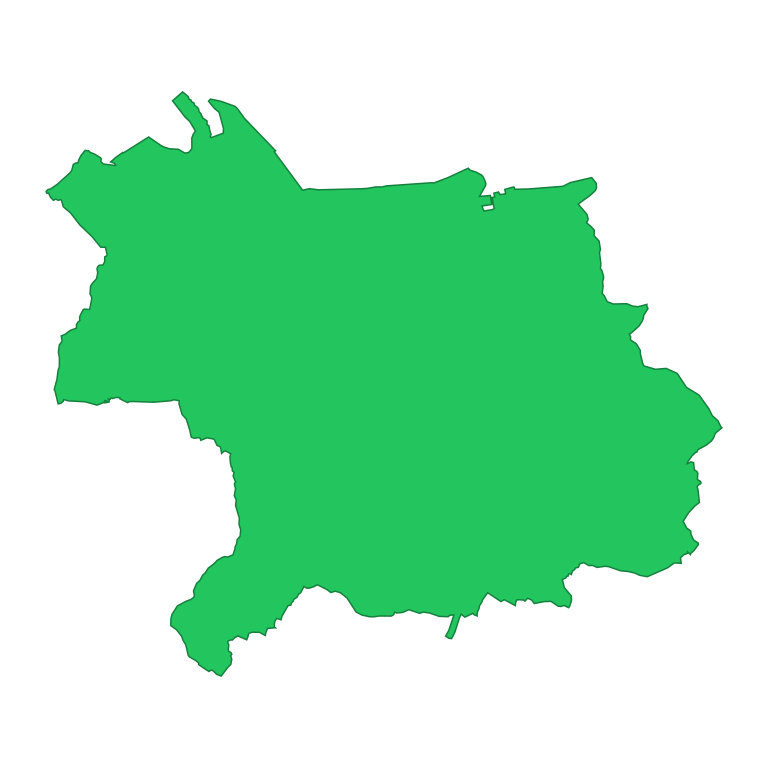 Maldaresti, Vâlcea, Romania
{"feature_id": "2599482B3246342951761", "entity_name": "Maldaresti", "entity_type": "district", "adm_level": 2, "iso_a3": "ROU", "parent_name": "Romania", "parent_adm1": "Vâlcea", "projection": "orthographic", "projection_center": [23.99, 45.113], "detail": "fine", "context": "isolated", "style": "filled", "palette": "green", "viewbox_px": 768, "rotation_deg": 0, "n_neighbors": 0, "source": "geoboundaries", "source_scale": "gbopen_adm2", "svg_char_len": 6051}
<svg xmlns="http://www.w3.org/2000/svg" viewBox="0 0 768 768"><path d="M356.0,611.9L362.0,615.1L369.4,616.7L373.4,616.9L379.4,616.0L391.2,616.1L393.7,614.7L394.6,612.2L396.7,613.0L402.8,612.4L408.9,609.7L419.6,613.3L423.3,612.1L429.5,613.0L439.2,616.4L448.1,616.7L450.2,615.1L453.9,615.1L448.7,630.7L445.6,636.1L448.9,638.3L451.6,638.6L454.7,632.6L459.3,618.3L461.1,614.2L464.9,617.1L472.9,613.4L474.6,615.0L477.2,615.9L477.0,614.5L477.6,611.5L479.0,608.6L479.5,605.8L481.7,602.4L482.8,599.5L487.7,592.7L501.0,601.6L504.3,599.7L515.3,605.6L515.9,601.8L517.1,599.7L523.5,600.0L525.0,601.1L527.7,598.2L531.8,600.2L534.2,603.5L544.3,601.6L551.1,601.4L558.2,606.2L560.8,606.5L564.1,605.5L568.6,607.7L569.5,606.7L571.5,600.5L571.3,595.9L564.3,587.6L562.4,579.5L565.8,577.9L566.7,576.2L568.2,576.0L568.6,573.8L569.7,573.6L571.3,574.6L572.4,571.2L574.7,569.5L575.3,568.0L578.3,567.3L579.9,563.7L583.9,562.7L588.9,565.6L592.5,565.4L597.0,567.4L605.1,566.3L608.4,566.6L620.6,570.8L628.1,571.5L635.0,573.1L639.6,575.3L647.3,576.7L667.6,567.8L674.4,562.9L681.2,563.3L680.5,557.7L684.0,554.6L687.5,553.4L687.5,551.9L690.4,554.6L690.6,553.6L694.1,550.4L698.4,544.6L698.1,542.9L693.6,540.0L691.0,534.4L690.7,531.0L686.7,528.1L683.2,521.3L688.5,512.8L695.0,505.9L699.4,502.4L698.0,489.7L697.1,486.8L698.0,485.3L700.9,483.5L701.0,482.8L700.5,481.4L697.4,479.5L697.8,473.1L697.0,471.6L694.3,469.7L693.6,462.6L691.0,461.9L687.1,463.6L687.6,462.0L691.9,456.0L695.7,452.3L696.8,452.1L698.2,449.5L706.3,445.1L711.3,441.1L713.4,438.3L715.4,433.2L721.9,427.8L720.8,426.7L718.0,420.8L712.3,415.7L709.0,409.0L699.2,395.2L686.4,387.3L677.2,373.4L666.1,368.4L655.4,369.3L643.9,365.9L642.7,363.4L640.4,353.9L640.2,350.3L636.4,343.9L630.5,339.9L630.6,336.4L629.2,334.1L631.6,332.8L639.2,325.8L641.7,321.9L643.1,319.2L643.8,315.2L648.0,308.5L646.8,306.1L646.9,304.4L638.1,306.7L632.6,306.1L626.9,303.7L613.2,304.0L607.2,301.6L604.2,295.6L602.2,293.5L603.1,286.2L602.6,281.7L603.6,278.1L603.5,276.1L601.8,270.2L600.5,268.9L600.9,263.7L599.5,252.7L600.4,249.4L599.1,241.1L594.1,235.7L594.3,230.2L591.1,226.6L586.5,222.8L588.0,219.9L588.1,218.7L586.9,214.3L578.2,204.1L590.4,195.2L595.4,190.5L596.5,188.0L596.3,183.4L591.7,177.6L570.3,182.6L562.9,186.3L527.9,189.0L514.7,189.3L514.2,187.2L513.4,187.0L504.8,189.4L505.6,193.9L499.9,194.5L498.5,192.0L493.9,193.2L494.6,197.0L492.1,197.5L494.2,208.6L492.5,209.6L483.9,211.0L481.9,206.0L491.8,204.5L490.4,195.5L479.5,196.4L485.6,185.5L485.9,183.6L484.6,179.9L482.9,176.4L481.6,175.1L476.3,172.2L469.9,170.1L468.3,168.2L447.5,177.8L433.4,183.1L432.2,182.7L386.2,185.9L381.9,187.0L375.9,186.9L367.3,188.4L360.6,188.8L318.5,189.8L309.3,188.7L302.6,190.2L274.2,151.7L275.6,150.8L244.4,118.3L237.8,109.1L235.1,106.4L221.0,101.3L210.4,99.1L208.5,101.2L214.4,108.4L219.1,112.3L223.5,128.6L223.2,133.2L211.2,137.6L210.2,136.8L211.1,134.5L209.9,131.0L208.9,125.7L207.1,124.7L207.0,120.9L202.7,118.0L202.4,116.7L201.3,115.4L201.1,113.9L199.0,111.5L198.6,109.0L197.3,107.2L194.7,105.4L193.8,102.7L191.7,101.9L190.9,100.0L189.2,99.2L188.2,96.6L182.6,91.9L172.5,100.8L185.2,117.2L189.7,121.4L195.4,130.9L193.2,134.3L191.8,138.1L191.9,147.5L191.5,149.2L188.6,152.5L184.9,153.1L178.4,149.3L169.6,148.8L165.5,147.6L161.5,145.9L148.6,137.0L126.8,150.8L123.1,153.0L122.7,152.5L116.0,157.2L110.7,161.9L114.7,163.4L115.0,164.8L115.5,165.1L114.2,165.4L103.3,164.0L101.2,161.9L100.9,160.4L101.3,158.7L100.3,157.6L94.6,154.1L90.1,152.3L88.7,150.8L85.1,150.4L80.8,155.8L78.8,159.9L78.0,162.8L75.8,163.0L73.3,164.4L71.7,170.5L69.8,173.0L57.3,184.3L50.5,189.0L48.0,189.5L46.1,191.4L46.6,193.2L48.6,193.1L50.4,197.1L53.4,200.3L55.8,199.1L58.4,200.4L60.1,199.6L61.5,200.3L63.3,206.8L70.6,213.0L79.9,225.0L92.0,236.6L100.7,247.2L105.5,247.3L107.1,254.9L107.0,255.6L104.7,256.9L104.7,261.6L103.0,265.0L99.3,265.2L97.7,266.7L97.0,268.7L97.7,272.8L96.6,278.7L92.6,283.0L90.6,286.1L90.0,293.9L91.6,297.1L91.7,299.1L89.6,309.5L84.2,309.1L83.1,309.8L80.2,315.3L79.6,317.6L79.8,320.6L77.8,322.2L76.4,324.8L76.5,328.1L70.3,330.4L64.8,334.5L61.2,335.9L62.1,341.2L59.3,345.0L58.4,352.3L59.4,357.9L59.3,367.0L58.1,370.2L56.9,379.6L54.2,389.4L55.1,391.1L58.1,403.9L60.9,403.3L63.2,401.3L63.7,399.6L68.7,400.9L85.2,401.8L97.0,405.1L103.9,402.5L105.0,400.5L106.6,401.0L105.6,402.7L109.1,402.0L109.2,400.2L108.4,399.2L110.2,399.3L110.5,398.2L111.3,398.0L112.6,398.5L115.8,397.5L119.9,397.6L119.9,398.8L127.6,402.6L129.2,401.7L132.6,401.5L153.6,402.2L170.5,400.8L174.1,399.8L179.2,400.7L179.0,403.9L182.1,414.5L186.3,419.1L189.9,430.6L191.0,436.4L191.8,437.4L193.9,438.2L198.9,437.7L200.2,438.4L200.8,440.3L207.0,437.8L214.1,439.2L217.0,445.3L220.5,447.0L221.6,453.4L223.6,451.6L225.4,450.9L230.7,453.7L229.9,456.8L230.4,462.9L231.2,466.7L232.1,467.5L232.3,470.8L234.1,472.4L233.2,475.7L233.4,476.9L235.5,481.7L234.4,483.9L235.5,488.9L234.3,495.8L236.2,499.9L235.6,505.6L239.3,518.1L239.0,524.3L240.7,529.9L240.1,536.1L237.1,539.8L236.6,543.6L235.0,547.2L235.0,548.9L232.9,554.9L227.7,557.0L224.8,556.6L222.6,557.2L217.2,560.3L214.3,563.5L208.2,568.2L205.2,572.9L202.6,575.3L200.1,580.1L196.7,583.3L193.5,590.7L194.3,595.3L194.1,597.0L191.0,599.4L185.7,601.4L177.4,605.9L172.0,614.4L170.9,619.1L170.8,625.6L176.6,629.8L181.7,636.4L182.8,639.8L185.8,644.9L188.3,655.6L189.5,657.0L195.9,660.6L198.7,663.1L198.6,664.5L204.6,668.7L209.0,671.5L211.0,670.1L212.9,670.6L216.8,674.4L221.2,676.1L228.2,666.9L230.8,664.5L231.3,662.0L231.0,661.1L231.8,660.2L231.3,657.2L230.5,656.0L231.8,654.4L231.0,652.6L228.8,651.3L228.3,649.5L228.8,644.9L227.9,642.9L227.9,641.1L230.9,639.9L232.3,640.1L234.8,637.6L237.8,635.9L246.7,639.8L248.2,635.9L248.4,634.2L249.3,633.2L252.4,632.2L259.4,632.3L265.3,635.5L265.8,632.8L267.5,628.4L275.3,627.8L274.3,627.1L274.5,623.1L275.2,620.5L276.9,618.5L281.1,619.8L281.9,616.4L288.0,605.7L290.9,605.1L291.3,603.1L293.2,601.3L293.6,599.5L296.9,597.4L298.6,594.2L300.7,592.7L304.0,586.4L306.5,588.1L309.4,588.1L314.3,586.5L317.3,584.7L327.0,589.6L330.8,592.5L335.3,591.2L340.6,592.8L347.2,598.2L356.0,611.9Z" fill="#22c55e" stroke="#15803d" stroke-width="1.5"/></svg>